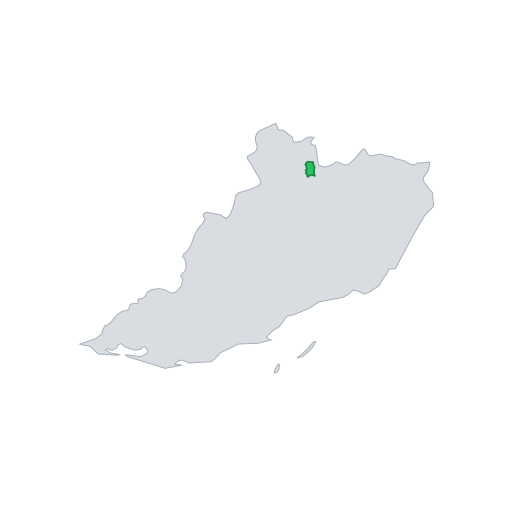 Curaren, Francisco Morazán, Honduras (highlighted), rotated 158°
{"feature_id": "27666195B74261140264311", "entity_name": "Curaren", "entity_type": "district", "adm_level": 2, "iso_a3": "HND", "parent_name": "Honduras", "parent_adm1": "Francisco Morazán", "projection": "mercator", "projection_center": [-87.56, 13.833], "detail": "fine", "context": "in_parent", "style": "filled", "palette": "green", "viewbox_px": 512, "rotation_deg": 158, "n_neighbors": 0, "source": "geoboundaries", "source_scale": "gbopen_adm2", "svg_char_len": 4605}
<svg xmlns="http://www.w3.org/2000/svg" viewBox="0 0 512 512"><g transform="rotate(158 256 256)"><path d="M452.3,240.3L436.0,239.4L428.3,241.4L424.9,245.9L422.0,248.0L419.6,247.5L414.7,249.3L407.4,253.3L400.7,254.9L394.8,253.9L393.1,254.9L392.6,256.2L391.7,257.5L389.4,258.2L386.8,257.8L383.8,256.4L382.3,257.0L382.1,259.6L380.5,260.3L377.5,259.1L374.1,260.1L370.3,263.2L365.0,263.9L358.1,262.1L352.8,258.6L349.0,253.6L344.5,252.3L336.6,256.1L333.3,260.5L332.6,263.1L333.4,265.6L332.0,267.2L328.3,268.0L325.5,270.9L323.6,276.1L323.2,280.0L324.4,282.8L322.5,284.9L317.7,286.2L312.1,290.6L305.5,298.1L299.0,303.4L292.6,306.4L289.5,309.7L289.7,313.3L289.3,314.4L288.0,314.9L285.9,315.4L273.5,307.5L269.9,302.0L266.8,302.8L262.9,305.6L257.4,311.8L251.5,320.2L248.6,321.1L233.8,319.9L226.0,320.6L224.4,321.8L223.7,324.9L224.2,329.0L226.3,343.8L227.5,349.9L226.3,351.8L222.3,352.1L217.2,353.0L214.4,355.8L213.7,358.6L213.4,362.6L211.8,366.8L208.6,369.8L205.5,370.8L187.9,371.6L188.2,364.8L183.1,362.0L180.2,356.3L177.7,352.4L178.5,350.1L178.3,347.3L171.1,345.2L164.4,346.9L160.5,345.8L157.7,344.3L162.6,340.9L162.9,338.9L161.3,337.4L159.7,336.4L160.2,332.6L161.2,328.0L163.9,317.4L162.9,315.6L158.4,312.4L152.8,312.1L146.5,313.1L143.5,311.4L140.8,307.8L136.4,306.0L128.5,309.0L120.1,313.3L117.5,314.9L115.4,314.7L114.5,311.4L114.0,307.6L113.5,306.6L109.0,305.2L103.8,304.2L101.2,303.1L98.7,300.5L92.4,297.1L91.0,294.5L82.7,288.7L81.0,285.9L79.1,283.7L75.1,281.1L71.9,281.7L61.3,278.4L59.7,278.1L61.2,275.2L64.5,270.6L71.8,265.6L72.4,261.5L70.5,253.7L68.6,248.7L69.6,246.4L71.9,237.3L73.7,235.1L84.2,230.5L85.1,229.9L93.4,223.4L102.6,216.3L112.2,208.3L122.9,199.5L128.8,194.3L131.5,192.1L137.6,193.9L142.5,189.7L145.3,188.3L151.8,183.3L153.8,182.2L164.8,180.1L170.1,180.2L174.7,185.3L178.4,188.0L185.3,185.7L191.1,185.1L215.1,189.9L224.6,187.8L242.0,187.3L249.9,188.5L261.0,181.8L268.1,180.4L276.5,177.3L275.4,174.1L273.4,172.6L286.1,174.1L305.1,180.9L325.4,179.6L332.7,176.0L337.4,174.9L358.1,181.9L363.6,187.3L367.8,187.8L371.1,186.6L372.0,185.5L367.9,184.3L366.1,182.6L382.4,185.9L413.2,211.2L413.8,213.3L400.7,205.8L393.7,206.4L391.9,207.6L392.3,211.7L393.0,213.6L395.9,213.8L398.1,212.7L403.6,214.1L407.1,216.8L411.5,220.9L414.1,225.4L416.9,225.5L419.7,222.8L424.9,222.5L428.3,225.5L430.7,225.3L427.4,220.6L419.5,215.9L421.3,215.7L438.9,224.2L443.8,234.7L448.0,237.1L452.3,240.3ZM245.9,149.3L235.7,154.5L232.6,154.4L237.2,150.4L244.7,147.0L251.1,145.3L256.3,146.0L245.9,149.3ZM280.6,143.8L275.8,147.7L274.9,145.9L277.2,142.4L280.2,140.4L283.0,140.6L282.3,142.1L280.6,143.8Z" fill="#d9dde1" stroke="#a8b0b8" stroke-width="1"/><path d="M177.9,317.0L177.9,316.1L177.8,315.1L178.8,314.2L178.7,314.0L178.7,313.9L178.7,313.7L178.7,313.4L178.6,313.2L178.4,313.1L178.2,313.0L178.2,312.9L178.1,312.7L178.0,312.4L178.0,312.2L178.1,311.9L178.3,311.8L178.3,311.7L178.2,311.5L178.2,311.4L178.2,311.2L178.3,311.2L178.4,310.9L178.5,310.9L178.5,310.7L178.4,310.6L178.5,310.5L178.5,310.4L178.5,310.2L178.4,310.0L177.6,310.1L174.2,310.5L171.6,308.2L171.5,308.3L171.4,308.3L171.3,308.5L171.3,308.8L171.2,308.9L171.3,309.0L171.3,309.3L171.3,309.5L171.3,309.8L171.4,310.0L171.3,310.3L171.2,310.4L171.2,310.6L171.2,310.8L171.0,311.0L171.1,311.4L171.1,311.5L171.1,311.9L171.1,312.0L170.9,312.1L170.7,312.1L170.5,312.3L170.4,312.3L170.2,312.6L170.3,312.7L170.3,312.9L170.3,313.0L170.2,313.2L170.2,313.3L170.3,313.4L170.3,313.6L170.3,313.8L170.2,313.8L170.1,314.0L169.9,314.2L169.9,314.3L169.9,314.5L169.7,314.8L169.5,315.0L169.4,315.1L169.2,315.2L169.0,315.3L168.9,315.4L168.8,315.5L168.7,315.5L168.6,315.8L168.5,316.0L168.4,316.4L168.4,316.7L168.4,316.8L168.4,317.1L168.5,317.3L168.4,317.4L168.4,317.5L168.4,318.0L168.5,318.2L168.5,318.4L168.5,318.6L168.5,318.8L168.5,319.0L168.5,319.3L168.5,319.5L168.4,319.7L168.4,319.8L168.3,320.0L168.3,320.3L168.2,320.3L168.3,320.3L168.3,320.5L168.2,320.6L168.1,320.9L168.1,321.1L168.1,321.4L168.1,321.6L168.1,321.8L168.1,322.0L168.4,322.1L168.6,322.2L168.8,322.2L169.0,322.2L169.4,322.2L169.5,322.3L169.7,322.5L169.9,322.6L170.2,322.7L170.3,322.7L170.6,323.0L170.8,323.1L171.0,323.3L171.4,323.5L171.6,323.7L171.9,323.8L172.0,323.9L172.3,324.0L172.8,324.0L173.6,323.9L174.3,323.7L174.5,323.7L174.6,323.4L174.7,323.2L174.8,323.1L174.9,322.9L175.0,322.9L175.3,322.8L175.4,322.7L175.5,322.4L175.8,322.3L175.8,322.2L176.0,322.2L175.8,321.5L175.8,321.4L175.9,321.0L176.0,320.7L176.0,319.6L176.0,319.0L176.0,318.7L176.0,318.4L176.0,318.2L176.2,317.9L176.2,317.7L176.3,317.5L176.4,317.4L176.5,317.3L176.6,317.1L177.6,316.9L177.9,317.0Z" fill="#22c55e" stroke="#15803d" stroke-width="1.5"/></g></svg>